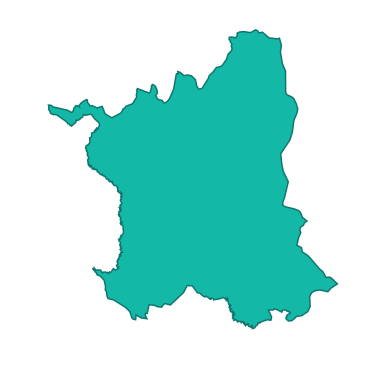 the district of Kantharalak, Si Sa Ket, Thailand, rotated 168°
{"feature_id": "78962969B93646658502298", "entity_name": "Kantharalak", "entity_type": "district", "adm_level": 2, "iso_a3": "THA", "parent_name": "Thailand", "parent_adm1": "Si Sa Ket", "projection": "robinson", "projection_center": [104.776, 14.571], "detail": "fine", "context": "isolated", "style": "filled", "palette": "teal", "viewbox_px": 384, "rotation_deg": 168, "n_neighbors": 0, "source": "geoboundaries", "source_scale": "gbopen_adm2", "svg_char_len": 5967}
<svg xmlns="http://www.w3.org/2000/svg" viewBox="0 0 384 384"><g transform="rotate(168 192 192)"><path d="M126.3,48.2L124.5,45.8L121.0,45.4L115.4,48.6L110.5,48.2L103.6,50.9L100.2,55.5L98.8,64.6L97.2,67.2L95.0,69.1L90.8,69.9L87.0,69.5L79.9,66.2L75.8,69.2L68.9,71.9L73.9,79.2L75.5,80.2L78.8,80.6L80.6,86.9L83.5,90.6L90.0,102.6L92.1,106.0L96.6,110.4L96.5,114.8L100.5,118.1L97.1,125.4L94.0,129.8L94.5,132.4L93.0,135.1L90.0,136.2L88.3,138.6L85.6,139.7L89.2,144.1L90.3,149.7L91.4,151.5L95.5,154.2L103.7,158.1L105.3,159.4L105.9,161.0L105.3,163.2L102.7,167.3L95.7,182.0L98.4,193.0L98.4,200.5L97.3,210.9L85.3,222.7L81.4,229.7L77.5,240.9L72.9,247.4L71.3,251.3L71.7,256.8L73.1,262.3L74.8,264.4L79.0,267.4L79.7,269.9L75.4,290.9L76.9,298.9L76.4,310.7L74.1,316.6L74.5,324.2L76.4,323.9L84.7,326.8L89.8,333.6L93.6,333.8L94.2,336.1L96.3,337.4L100.6,335.9L102.4,336.0L108.2,338.2L112.4,338.6L114.9,337.9L115.0,335.9L117.2,333.7L120.7,335.3L123.4,335.6L124.0,333.3L123.1,332.3L123.3,330.8L122.2,328.3L123.2,326.6L122.9,324.1L124.1,321.9L127.9,319.5L130.6,314.7L136.0,309.6L138.0,308.8L142.2,308.7L146.8,304.7L150.8,302.5L152.5,299.6L160.4,291.4L162.4,291.0L164.2,291.6L165.2,294.3L165.3,301.2L168.3,305.7L172.1,307.4L175.8,307.5L178.8,311.6L180.9,312.7L180.7,310.5L182.4,310.9L182.9,310.4L188.6,296.4L194.7,287.8L197.0,285.9L199.3,284.9L201.4,285.3L202.0,287.7L205.4,289.2L206.6,291.0L207.6,294.0L206.2,294.8L205.1,296.7L205.2,300.4L206.0,303.4L208.0,305.4L209.4,304.6L210.4,301.4L212.5,297.9L213.2,297.6L223.9,304.5L224.9,303.0L225.1,300.3L226.2,299.1L226.4,296.3L231.8,290.7L238.8,289.6L240.2,288.2L242.0,287.6L244.9,284.1L254.5,281.4L255.9,281.9L260.8,286.7L262.0,294.4L267.5,294.0L271.4,297.0L273.8,297.5L275.6,301.5L275.2,303.7L275.7,304.3L278.5,303.7L282.3,301.9L284.4,300.0L284.4,298.4L286.6,300.5L287.9,300.4L290.3,298.3L291.5,295.6L293.2,294.8L296.7,297.8L310.0,304.0L311.7,306.0L314.3,306.9L314.3,305.1L315.1,302.7L314.0,299.9L314.1,298.5L311.6,296.5L310.6,296.6L308.0,295.3L300.0,286.7L299.3,284.7L297.9,284.0L297.5,282.7L296.8,282.7L296.3,281.5L291.2,284.2L290.3,286.4L289.2,285.8L286.6,286.3L286.5,286.8L283.3,288.2L282.9,289.5L281.6,290.4L280.7,289.2L275.4,289.2L274.0,288.4L272.1,283.9L268.5,278.9L268.6,276.3L270.1,274.8L270.7,273.4L271.7,274.2L271.7,273.3L272.4,273.5L272.6,272.8L273.1,273.3L274.3,272.4L273.8,271.9L274.9,271.6L274.9,270.8L278.0,270.5L278.6,267.3L280.0,266.2L280.8,266.3L281.5,261.8L283.7,259.7L285.5,259.5L286.6,258.2L286.9,256.9L286.1,255.6L286.8,254.8L285.8,251.7L286.8,250.4L286.0,247.4L286.2,245.8L287.1,245.6L287.6,244.1L287.0,242.1L287.8,241.8L287.3,241.0L287.8,240.0L287.4,239.4L287.0,239.8L286.7,238.6L286.3,239.3L285.4,238.9L286.1,238.4L285.8,237.7L285.3,238.2L284.7,237.4L285.0,235.5L284.2,235.1L282.8,235.5L283.0,234.4L281.2,234.2L281.2,233.6L280.1,233.1L280.5,231.9L280.0,231.0L278.7,230.2L278.7,229.2L277.6,228.0L276.8,227.5L276.1,228.0L276.1,227.0L274.6,226.4L274.8,225.6L273.4,224.8L272.9,222.4L272.2,222.5L270.8,221.3L271.3,220.6L270.6,219.4L269.5,219.8L269.0,218.5L267.7,218.7L267.5,218.1L268.2,217.7L267.0,214.7L265.2,214.2L263.7,211.7L264.2,211.1L263.8,209.3L264.4,208.9L264.4,208.0L263.6,208.1L263.5,206.6L262.8,206.0L262.0,206.6L262.1,205.6L261.7,206.1L260.6,205.0L261.4,204.5L261.7,201.8L262.6,202.2L262.5,199.6L263.2,199.8L263.8,198.8L263.0,195.3L265.2,194.0L264.8,192.6L266.3,192.1L265.8,191.4L266.1,190.8L265.4,190.8L265.8,190.2L265.2,190.3L265.1,189.1L266.2,189.1L265.9,188.0L267.7,187.8L267.8,186.0L268.4,185.4L267.9,185.2L268.5,184.4L268.3,183.6L267.8,183.7L268.0,183.0L266.9,181.6L268.0,179.8L266.7,176.7L267.6,176.3L267.9,177.6L268.6,176.5L267.8,175.8L268.4,175.5L268.2,174.8L266.9,173.8L266.6,172.7L267.4,167.0L268.3,165.1L270.7,164.0L270.3,163.5L270.9,163.4L270.8,162.8L271.4,161.7L272.0,161.9L272.2,160.9L273.6,161.0L273.4,158.9L272.6,158.3L273.0,155.4L273.6,155.3L273.7,154.6L273.0,154.2L273.4,153.1L272.8,152.8L273.2,151.9L272.8,151.6L274.3,150.8L272.8,147.6L273.8,147.8L274.7,147.0L274.6,145.3L275.4,145.5L275.3,146.2L275.9,145.9L276.1,145.2L275.5,145.0L275.5,144.0L276.6,144.1L277.2,142.1L277.7,142.3L277.9,141.3L278.8,141.3L279.3,140.5L279.1,139.8L279.8,139.1L279.4,137.3L280.4,136.4L280.2,135.5L281.0,135.6L280.9,134.4L279.5,133.7L280.1,133.3L279.8,132.7L283.1,131.5L284.8,133.4L287.6,130.7L288.7,130.2L289.2,130.9L290.6,129.8L291.1,130.9L292.5,130.7L293.0,131.7L295.6,132.0L296.5,131.4L297.4,134.1L298.1,134.8L302.4,135.7L303.5,138.2L303.8,137.6L304.9,137.5L304.0,135.3L303.0,134.6L303.2,133.8L302.2,132.5L302.1,130.8L299.1,128.7L296.3,123.9L296.2,117.6L297.2,114.2L296.3,112.0L296.8,107.9L296.3,105.2L291.3,102.9L280.8,92.8L277.7,87.9L277.0,81.5L275.8,79.8L273.7,78.8L272.2,83.5L268.1,79.5L262.4,77.4L263.3,80.6L262.9,82.8L261.0,82.6L257.5,90.6L252.3,89.0L249.5,86.9L245.5,85.7L243.1,88.1L241.2,88.3L236.7,86.0L221.2,95.4L216.2,101.5L211.2,100.1L207.7,92.3L205.2,91.4L203.6,88.7L201.2,86.6L199.4,87.0L196.5,83.3L195.9,83.1L195.5,84.2L193.3,83.3L193.2,82.0L186.3,81.8L183.4,82.4L181.6,80.5L180.5,81.1L181.1,80.0L179.9,80.1L180.5,78.9L179.4,79.4L179.9,78.0L179.3,77.0L179.5,74.6L178.4,74.1L178.5,73.2L177.8,72.9L178.5,72.4L179.0,72.9L179.3,72.2L178.8,71.8L179.6,71.3L179.0,70.6L179.2,70.0L177.9,69.3L179.3,68.7L179.1,67.1L178.7,66.6L177.6,67.0L177.6,65.5L176.6,65.9L176.8,64.7L176.2,64.6L177.1,63.9L176.2,63.1L177.9,63.1L177.5,61.8L178.1,61.8L177.8,60.9L178.6,59.7L176.8,58.8L177.6,57.8L175.4,57.9L174.3,55.5L173.8,56.3L171.2,54.7L170.6,55.5L170.8,54.3L170.0,55.0L169.0,54.2L169.3,53.6L168.6,52.6L167.9,53.3L167.7,52.5L168.3,51.9L167.4,50.1L166.3,51.3L165.5,50.7L164.9,51.6L164.0,51.3L164.7,49.9L164.4,48.9L162.4,47.5L162.0,48.9L160.8,48.7L161.3,45.9L159.2,46.0L157.2,47.8L155.3,48.6L154.9,50.3L152.7,49.8L152.6,50.4L145.1,51.4L141.5,50.2L140.1,53.2L141.8,60.6L137.0,59.7L135.9,60.6L133.1,59.1L129.1,55.8L128.3,57.3L127.1,57.6L124.6,57.1L123.9,55.7L122.6,55.5L122.5,54.8L120.8,53.9L121.2,52.9L124.0,52.2L125.4,50.9L125.2,50.3L126.3,49.2L126.3,48.2Z" fill="#14b8a6" stroke="#0f766e" stroke-width="1.5"/></g></svg>